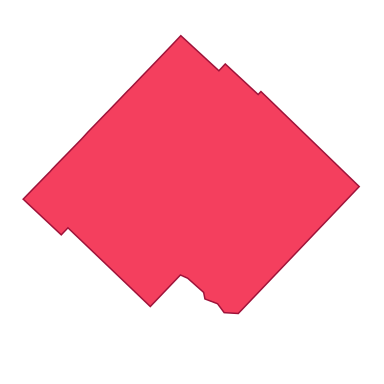 Nodaway, Missouri, United States of America, rotated 313°
{"feature_id": "52423323B34301211458576", "entity_name": "Nodaway", "entity_type": "district", "adm_level": 2, "iso_a3": "USA", "parent_name": "United States of America", "parent_adm1": "Missouri", "projection": "albers", "projection_center": [-94.942, 40.352], "detail": "fine", "context": "isolated", "style": "filled", "palette": "rose", "viewbox_px": 384, "rotation_deg": 313, "n_neighbors": 0, "source": "geoboundaries", "source_scale": "gbopen_adm2", "svg_char_len": 620}
<svg xmlns="http://www.w3.org/2000/svg" viewBox="0 0 384 384"><g transform="rotate(313 192 192)"><path d="M298.7,77.2L278.6,77.0L265.7,76.8L265.0,76.8L242.2,76.4L227.4,76.2L223.9,76.1L222.4,76.0L193.3,75.6L191.4,75.5L186.0,75.4L170.0,75.1L165.5,75.0L155.5,75.1L124.7,74.4L120.4,74.3L113.3,74.2L109.5,74.3L108.2,74.2L107.5,74.2L104.0,74.1L90.6,73.8L86.8,73.7L71.6,73.4L71.5,125.6L81.2,125.7L79.8,239.6L123.4,240.1L126.0,247.6L126.5,269.0L122.6,274.4L127.7,286.9L125.7,297.8L134.7,308.7L310.0,310.6L312.5,173.9L308.4,173.9L308.3,129.0L299.0,129.0L298.7,77.2Z" fill="#f43f5e" stroke="#9f1239" stroke-width="1.5"/></g></svg>